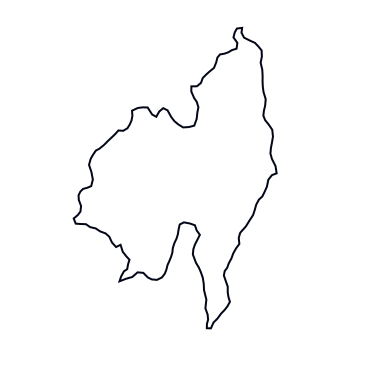 Jaguaraçu, Minas Gerais, Brazil (Natural Earth projection), rotated 157°
{"feature_id": "56859067B87939295508899", "entity_name": "Jaguaraçu", "entity_type": "district", "adm_level": 2, "iso_a3": "BRA", "parent_name": "Brazil", "parent_adm1": "Minas Gerais", "projection": "natural_earth1", "projection_center": [-42.716, -19.627], "detail": "fine", "context": "isolated", "style": "outline", "palette": "ink", "viewbox_px": 384, "rotation_deg": 157, "n_neighbors": 0, "source": "geoboundaries", "source_scale": "gbopen_adm2", "svg_char_len": 2362}
<svg xmlns="http://www.w3.org/2000/svg" viewBox="0 0 384 384"><g transform="rotate(157 192 192)"><path d="M81.7,323.5L86.8,324.9L90.3,322.2L93.4,318.1L92.0,311.5L95.0,306.5L99.8,307.0L104.1,306.4L108.4,306.7L112.4,307.7L116.1,305.8L119.2,301.7L123.3,297.6L128.6,296.1L133.5,294.4L137.6,292.7L141.1,288.9L146.2,287.4L151.3,289.5L153.4,284.7L153.3,277.6L152.4,273.1L153.0,267.5L156.0,263.1L159.1,257.5L164.0,252.2L169.5,253.0L174.9,254.9L178.3,259.7L180.5,264.0L181.8,269.0L182.6,276.7L185.7,280.4L190.7,278.9L195.5,275.2L198.4,278.9L199.8,287.1L204.1,289.1L208.9,290.5L215.4,290.3L217.1,285.4L219.7,281.5L223.0,278.4L226.5,275.9L231.4,275.2L235.7,277.4L240.1,275.3L244.9,273.5L249.2,271.9L254.6,269.7L260.5,268.0L264.3,267.7L268.8,264.8L272.4,262.0L276.2,257.2L276.8,249.5L278.4,242.2L282.5,236.8L286.6,236.8L291.1,237.4L294.6,236.0L297.7,233.3L299.3,228.9L299.6,222.4L302.3,217.6L306.1,215.4L311.2,213.9L311.4,208.3L307.3,206.2L302.2,203.8L299.5,199.5L294.9,196.1L291.9,191.6L287.7,187.6L285.6,183.1L285.4,176.8L283.4,171.0L278.4,171.3L279.1,164.0L277.6,158.5L276.0,154.1L279.2,150.3L281.8,146.3L285.6,145.6L290.2,142.0L293.6,138.1L286.5,137.9L280.1,137.1L273.5,139.3L268.4,136.6L266.0,130.5L263.1,127.2L258.6,124.8L253.1,125.1L249.0,127.4L246.1,130.3L243.0,134.4L240.0,137.1L236.7,140.4L233.8,143.8L231.5,148.0L228.1,151.9L224.6,155.0L221.7,158.4L218.8,163.0L216.0,166.9L211.3,167.2L206.2,163.8L202.3,160.2L202.7,154.8L201.5,149.5L205.6,146.0L209.9,142.4L213.1,138.8L215.6,134.2L216.0,125.4L215.2,119.5L215.2,114.4L215.6,108.7L217.1,102.8L219.3,96.9L220.8,87.4L225.1,79.7L225.5,73.1L227.1,68.1L229.7,64.9L231.6,60.8L227.9,59.1L223.1,63.5L218.3,65.4L212.5,68.8L208.0,70.7L204.2,72.8L200.0,76.1L199.5,80.9L198.4,85.5L196.1,90.9L195.7,96.8L195.3,102.7L192.8,106.4L189.2,108.5L185.9,112.1L181.6,115.5L178.2,119.2L173.6,122.8L168.7,125.7L166.9,131.5L163.6,135.6L155.8,139.3L150.3,143.2L144.8,146.9L141.3,150.9L137.8,155.3L133.3,158.9L129.0,160.4L125.3,163.6L121.0,167.6L116.9,173.5L111.8,176.3L106.8,176.1L105.0,183.2L105.5,191.3L104.8,196.7L102.2,201.6L99.1,206.2L95.8,211.4L93.8,217.9L95.0,223.9L96.6,229.5L96.5,234.3L94.2,238.5L91.0,242.8L87.9,248.6L87.1,256.1L85.6,261.5L83.8,266.3L81.7,271.1L79.5,277.2L78.3,284.2L74.8,289.3L72.6,295.1L74.0,300.0L75.8,304.7L79.5,308.7L83.8,313.8L84.2,319.3L81.7,323.5Z" fill="none" stroke="#020617" stroke-width="2"/></g></svg>